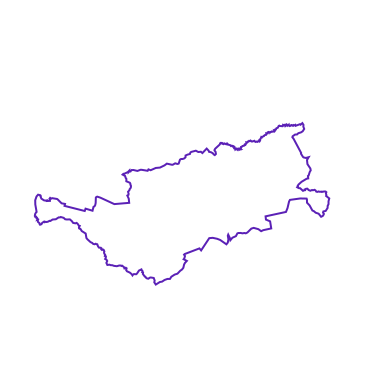 Ilala, Dar-Es-Salaam, United Republic of Tanzania, rotated 221°
{"feature_id": "72390352B40584164885098", "entity_name": "Ilala", "entity_type": "district", "adm_level": 2, "iso_a3": "TZA", "parent_name": "United Republic of Tanzania", "parent_adm1": "Dar-Es-Salaam", "projection": "mercator", "projection_center": [39.169, -6.941], "detail": "fine", "context": "isolated", "style": "outline", "palette": "violet", "viewbox_px": 384, "rotation_deg": 221, "n_neighbors": 0, "source": "geoboundaries", "source_scale": "gbopen_adm2", "svg_char_len": 5997}
<svg xmlns="http://www.w3.org/2000/svg" viewBox="0 0 384 384"><g transform="rotate(221 192 192)"><path d="M290.7,69.8L290.5,70.3L290.1,70.4L289.6,69.1L288.7,68.4L286.6,68.4L285.8,67.7L285.2,67.6L284.5,68.9L284.8,70.5L284.2,72.7L283.3,72.6L283.0,73.4L282.0,74.0L281.2,75.2L280.6,76.8L279.9,77.2L279.2,79.7L276.9,82.1L276.0,85.3L274.9,86.3L274.7,87.0L271.9,88.3L269.9,88.2L268.6,89.0L266.2,91.2L263.7,91.2L261.4,90.7L259.4,91.9L258.8,93.0L257.0,92.9L255.3,92.3L254.5,92.7L254.1,91.1L253.4,90.5L252.8,90.5L252.1,91.0L249.6,90.2L245.0,90.9L241.5,88.0L239.8,87.7L235.7,87.6L233.9,88.1L232.5,88.0L231.3,88.6L230.7,89.8L229.9,89.9L229.2,90.4L227.2,89.3L225.6,89.0L224.3,90.1L223.4,90.1L222.9,89.2L221.9,89.2L221.5,90.2L220.8,90.4L219.2,89.7L219.0,89.0L217.9,88.0L216.3,87.6L215.8,86.5L214.7,86.9L213.9,85.7L213.6,84.5L212.1,84.8L210.7,84.3L210.1,82.3L208.0,81.4L206.6,83.0L205.2,83.5L204.2,84.4L202.4,85.1L200.0,86.7L198.7,88.8L197.6,89.7L196.7,89.9L196.5,90.5L194.2,90.7L192.9,90.0L192.3,91.4L191.3,91.5L190.5,89.9L189.1,89.5L186.0,90.4L183.6,90.4L182.2,90.0L182.3,90.9L182.0,91.9L180.2,93.3L180.0,94.4L180.5,97.9L179.5,100.2L179.1,99.8L178.4,100.1L177.3,99.8L177.0,98.8L176.0,99.0L175.3,97.9L172.1,97.2L171.7,97.5L170.3,97.1L169.1,97.3L168.0,98.0L167.7,99.5L167.1,100.4L164.5,102.0L162.1,100.7L161.2,99.1L158.6,98.4L157.2,103.0L155.8,104.7L155.0,107.6L153.5,110.3L151.6,111.9L152.0,114.5L150.9,118.3L149.4,120.8L149.2,124.9L148.7,126.9L148.8,129.1L150.4,132.1L150.8,133.9L150.7,136.6L154.2,135.8L154.2,136.8L155.3,139.1L156.9,139.5L156.8,140.4L149.4,154.3L146.8,153.9L148.7,168.5L146.3,171.0L142.3,173.2L139.2,174.3L131.7,175.1L131.8,177.3L133.5,180.2L136.3,182.5L136.7,183.6L133.0,182.0L131.4,180.8L131.5,184.0L129.9,187.5L130.6,190.5L130.1,191.5L128.3,193.1L126.8,193.9L125.6,195.4L124.3,196.1L123.6,197.8L123.2,203.3L121.9,205.4L117.5,207.5L114.1,207.8L113.2,209.9L108.3,216.5L113.8,221.1L118.1,219.7L120.5,221.9L108.0,238.6L109.4,242.6L112.5,248.5L112.9,250.3L106.1,258.1L101.2,262.2L100.4,261.8L98.2,259.4L94.4,259.0L89.0,257.0L87.5,257.5L85.1,257.5L82.2,258.7L78.3,258.0L77.6,259.7L77.8,261.3L78.1,262.0L79.6,262.4L80.1,263.5L78.7,265.4L79.2,268.9L80.5,270.5L81.0,272.4L82.9,274.6L84.2,277.2L88.2,277.0L88.5,277.8L90.0,278.8L90.5,280.0L91.5,280.0L92.7,279.0L94.0,277.3L94.3,277.4L95.7,276.0L96.9,275.4L97.3,274.5L98.4,273.8L99.7,274.2L100.9,274.1L101.9,272.6L102.7,272.3L103.5,270.6L105.3,270.0L107.1,270.2L108.0,269.3L108.3,268.5L107.9,267.8L108.6,267.5L108.4,266.9L109.0,265.7L112.9,265.8L113.9,265.0L115.7,264.6L115.7,265.7L116.2,265.8L116.5,267.5L116.0,271.6L114.2,277.2L113.2,278.5L115.0,280.2L114.8,280.9L116.3,284.4L116.6,286.2L118.1,287.4L123.2,288.8L126.2,291.6L126.8,294.8L128.4,292.4L130.5,291.3L131.3,291.3L134.9,292.4L135.3,293.1L150.2,298.8L152.2,299.2L152.6,300.1L151.9,303.0L150.5,304.3L150.3,306.2L148.9,308.4L148.3,310.4L148.7,313.2L150.9,314.4L151.9,315.8L153.9,316.4L154.2,314.0L155.0,314.0L157.2,310.0L158.1,310.5L158.9,308.7L159.4,308.9L159.7,308.0L160.7,308.0L161.1,307.5L161.0,306.7L161.5,305.9L162.4,306.1L162.8,305.8L163.1,306.1L163.2,305.0L163.7,305.2L163.9,304.6L164.4,304.6L164.6,303.8L164.8,304.1L165.0,303.5L165.4,304.0L165.6,303.1L165.7,303.5L166.1,302.8L166.4,303.1L166.9,302.3L167.3,302.3L166.9,301.0L169.2,299.3L169.7,299.3L169.9,298.6L169.4,296.8L170.1,295.5L169.7,294.3L170.3,293.8L170.3,293.2L169.8,293.4L169.8,292.5L170.1,292.4L169.5,292.1L169.5,291.5L170.9,290.6L171.1,289.9L171.7,289.8L172.0,288.4L172.2,288.7L173.0,288.1L173.4,288.3L173.2,288.1L173.8,287.3L173.4,286.3L174.0,286.1L173.9,285.3L174.4,285.0L173.6,284.4L173.6,283.7L174.2,283.2L174.6,281.7L174.4,281.4L175.2,279.6L175.1,279.1L175.8,279.0L175.1,277.0L175.3,276.1L174.4,275.6L174.3,275.1L174.6,275.0L174.4,274.5L175.0,274.5L174.8,274.0L175.4,273.6L175.5,272.8L176.2,272.6L176.7,271.6L178.3,271.5L178.2,271.1L179.1,270.7L179.8,269.4L181.6,269.2L181.7,268.3L182.5,268.0L182.7,266.1L183.0,266.2L183.1,265.4L183.6,265.1L183.1,264.7L182.8,263.4L183.2,262.8L182.9,263.0L182.7,262.6L183.4,262.4L183.1,261.0L184.1,259.8L184.1,258.5L184.5,258.1L183.7,257.0L184.3,256.4L183.7,256.4L184.2,256.0L183.7,255.8L184.1,255.5L183.9,255.0L184.7,254.4L185.6,254.6L185.6,254.3L186.3,254.1L186.0,253.8L186.7,253.8L186.8,253.0L187.4,253.0L187.4,252.7L187.9,253.1L188.6,252.6L189.1,252.7L189.3,253.0L188.9,253.5L189.3,253.8L189.8,253.6L189.5,253.9L189.9,254.2L189.7,253.9L190.8,253.8L191.2,253.0L191.8,253.3L192.4,253.1L192.8,252.2L194.0,252.4L196.4,251.1L196.4,251.6L197.4,251.7L198.4,250.0L199.4,249.9L199.6,249.2L200.4,249.0L200.1,248.6L201.1,248.2L201.8,248.5L202.6,247.9L202.7,247.1L202.2,246.2L202.9,239.9L202.6,238.5L202.3,238.1L200.6,237.8L198.9,236.4L199.0,234.8L200.3,234.6L201.8,234.9L203.7,234.5L205.5,233.5L206.5,234.1L209.4,234.4L209.7,228.2L211.7,228.2L213.5,226.3L216.2,225.7L218.9,221.7L219.1,220.7L218.5,219.3L219.9,217.3L220.8,215.3L219.7,214.0L219.8,212.4L220.7,210.8L221.9,209.7L222.3,208.5L220.7,204.8L221.0,204.1L221.4,203.6L223.5,202.6L224.4,200.0L225.2,199.3L229.6,196.9L230.2,194.1L232.2,189.4L235.1,186.4L237.5,181.3L239.7,180.5L239.4,178.9L244.6,175.7L245.5,174.9L247.0,172.1L250.6,170.2L252.1,168.8L251.9,167.3L252.7,167.2L252.8,165.7L253.4,166.6L253.5,165.0L254.8,161.9L255.7,160.7L255.8,159.6L253.0,160.2L251.3,159.1L250.2,158.9L248.6,157.0L245.0,158.2L244.1,157.9L243.2,157.0L242.5,156.9L241.4,155.8L240.9,154.5L240.9,153.2L240.4,152.2L240.4,150.2L238.7,149.1L238.1,148.2L238.5,146.9L235.4,145.5L232.3,142.6L242.7,131.9L257.5,127.6L260.5,126.3L260.9,125.5L260.9,124.7L257.5,120.5L256.5,118.7L256.2,117.3L256.6,116.2L254.8,112.6L261.4,109.6L260.5,107.3L279.1,97.9L280.0,99.7L283.0,97.9L288.9,98.3L289.6,98.0L293.5,95.6L293.9,94.6L295.2,94.5L295.1,93.3L294.2,93.0L293.4,92.1L295.6,90.0L296.0,90.5L296.8,89.5L298.2,88.6L301.4,88.2L303.5,89.3L303.3,89.5L303.9,90.0L304.5,90.0L306.4,89.0L306.4,86.6L304.9,82.9L302.1,79.8L296.2,75.0L296.3,74.2L295.9,72.4L294.9,70.8L294.0,70.4L293.4,71.1L292.3,70.3L291.9,70.8L290.9,70.4L290.7,69.8Z" fill="none" stroke="#5b21b6" stroke-width="2"/></g></svg>